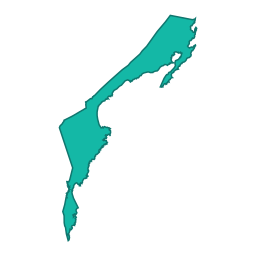 the district of Aurora, Aurora, Philippines
{"feature_id": "2640588B82822310999177", "entity_name": "Aurora", "entity_type": "district", "adm_level": 2, "iso_a3": "PHL", "parent_name": "Philippines", "parent_adm1": "Aurora", "projection": "orthographic", "projection_center": [121.871, 15.753], "detail": "fine", "context": "isolated", "style": "filled", "palette": "teal", "viewbox_px": 256, "rotation_deg": 0, "n_neighbors": 0, "source": "geoboundaries", "source_scale": "gbopen_adm2", "svg_char_len": 5703}
<svg xmlns="http://www.w3.org/2000/svg" viewBox="0 0 256 256"><path d="M195.3,18.6L194.8,19.1L192.5,19.7L170.3,15.4L165.4,21.9L157.2,31.6L146.7,46.3L142.3,50.8L139.9,54.1L130.6,62.4L128.3,65.3L122.3,69.7L108.8,81.7L100.4,89.5L94.4,95.7L93.9,95.8L93.0,96.9L92.6,96.9L91.9,98.7L90.5,98.6L86.7,101.6L85.1,102.1L86.1,102.3L85.8,104.6L86.2,108.0L72.2,116.2L64.0,120.3L63.9,121.3L62.8,122.7L62.4,123.6L60.1,125.9L59.4,127.7L72.7,167.9L69.8,179.6L68.8,181.8L66.9,181.6L67.2,183.1L67.6,183.2L67.4,183.6L67.9,184.2L67.6,184.7L68.1,185.1L67.8,185.3L68.3,185.6L67.9,186.3L68.4,186.4L68.3,187.0L69.0,186.8L68.5,187.4L69.1,187.5L68.7,187.8L68.8,188.5L69.2,188.8L69.0,189.3L69.5,189.5L68.8,189.8L68.7,190.5L69.1,191.0L68.2,191.2L68.4,191.8L68.1,192.4L67.1,192.2L67.7,192.5L67.0,192.9L67.2,193.3L66.8,193.4L67.2,193.7L67.2,194.8L67.0,195.1L66.7,194.8L66.3,196.0L67.0,197.6L66.1,197.5L64.8,204.4L62.8,211.6L64.1,215.7L64.2,222.8L64.7,225.8L65.5,227.4L66.4,233.9L68.2,240.6L69.0,239.9L69.5,237.6L69.2,236.8L69.4,236.0L68.8,235.4L68.9,234.9L67.9,234.8L67.7,234.1L68.7,233.7L69.8,230.9L69.7,230.2L70.3,230.0L70.2,229.1L71.4,229.5L72.3,228.1L72.3,227.7L71.5,227.1L72.0,225.8L73.6,225.2L74.3,225.4L74.1,224.5L74.9,224.6L75.2,223.9L74.7,222.8L75.7,222.0L75.5,221.3L75.9,219.5L75.2,218.3L75.8,218.1L76.3,217.3L75.0,215.8L74.3,216.0L73.5,216.9L73.5,215.9L72.9,215.0L74.6,214.0L75.4,214.8L76.0,214.5L76.1,213.7L76.9,212.9L76.1,211.0L76.1,209.8L76.9,208.4L78.2,207.8L73.5,198.2L72.2,194.0L71.9,192.0L72.3,191.4L72.1,190.8L72.5,190.4L72.0,190.0L72.7,189.1L72.6,188.4L73.2,188.1L73.7,187.0L73.6,185.7L75.2,183.5L76.5,182.8L77.5,183.4L78.0,184.3L79.4,184.8L79.4,185.8L80.4,185.8L80.1,184.4L80.6,184.0L80.2,183.4L80.7,182.9L81.7,183.3L81.6,182.9L82.3,182.7L82.5,182.1L82.4,181.1L83.8,178.8L84.8,178.3L85.2,178.5L86.4,178.1L86.7,177.9L86.3,177.4L86.5,176.8L87.9,176.3L87.8,175.9L87.1,175.9L86.4,175.3L87.2,174.6L87.2,173.8L88.5,171.7L88.5,171.2L88.1,170.7L88.5,170.3L88.1,169.8L87.9,168.2L88.5,166.9L88.4,166.1L89.0,165.8L88.6,164.6L88.9,164.6L88.9,163.6L89.4,163.4L89.1,163.0L89.3,162.1L90.3,161.8L90.2,161.5L90.5,161.6L90.5,161.2L91.1,160.8L91.3,160.9L91.2,160.5L92.1,159.2L92.8,159.5L93.7,159.2L94.1,159.4L94.7,158.8L94.8,156.4L95.5,156.1L95.5,155.5L96.0,154.5L96.9,154.4L99.4,152.1L99.5,151.8L98.9,151.6L99.1,150.0L99.3,149.7L100.1,149.9L99.9,149.5L100.4,149.3L100.2,149.1L100.4,148.7L101.5,148.0L101.2,147.8L101.3,147.6L102.2,147.4L102.2,147.0L102.5,147.0L102.0,146.4L102.2,146.0L102.6,145.8L103.4,146.0L103.5,145.6L103.8,145.6L103.7,145.2L104.2,144.3L104.9,144.2L105.5,144.6L106.2,144.2L106.1,143.7L106.9,143.7L106.6,143.1L107.3,142.3L106.7,142.0L106.0,140.9L106.8,140.3L105.7,140.5L105.0,140.2L103.8,140.7L102.9,140.0L104.0,139.3L104.2,139.1L103.9,139.0L103.9,138.9L104.4,138.4L106.2,138.3L106.0,137.7L106.6,137.3L106.1,136.6L106.2,136.2L105.7,135.8L106.3,135.6L106.1,134.9L107.5,135.2L108.3,134.3L109.2,134.4L110.0,135.4L110.2,135.2L109.9,134.0L110.5,133.1L110.6,132.1L110.4,130.3L110.0,130.0L110.2,129.7L109.6,130.1L109.2,129.8L109.3,129.2L110.0,128.6L109.5,128.5L109.6,128.2L109.0,127.8L108.4,127.9L107.4,127.3L106.5,127.5L104.4,126.6L103.3,127.5L103.0,127.3L103.1,127.8L101.8,127.5L101.1,127.9L99.1,124.7L97.7,119.4L97.1,115.5L97.1,112.0L98.2,106.2L98.7,106.0L98.9,105.3L100.8,103.5L101.7,102.0L102.3,101.9L103.0,101.2L104.8,100.8L105.6,99.2L107.0,99.2L107.1,98.5L107.5,98.3L108.2,98.6L107.6,97.6L108.5,96.3L109.4,96.1L109.9,96.5L110.6,96.5L110.6,96.1L111.1,95.7L111.8,95.7L111.6,95.4L112.2,95.3L112.5,94.8L112.2,93.7L112.4,92.9L114.0,90.4L116.9,88.8L119.3,86.3L121.5,85.1L125.2,80.8L127.8,79.8L128.3,80.3L129.3,80.5L130.4,82.0L131.2,81.4L131.2,80.7L132.3,80.9L133.0,79.5L134.0,79.4L135.1,78.4L136.4,78.8L137.3,77.7L138.5,77.8L140.1,75.6L141.1,75.6L142.1,73.9L143.7,73.0L147.6,72.0L148.8,72.0L150.3,72.6L152.9,72.5L153.3,71.9L155.4,71.1L157.2,70.9L158.4,69.8L160.1,67.2L161.6,66.1L163.5,65.5L164.6,64.5L166.1,64.6L167.5,65.3L167.8,64.8L169.7,64.0L170.2,63.5L170.1,63.4L169.0,64.1L169.3,63.4L170.1,63.0L173.2,62.9L173.4,62.8L172.2,62.1L171.6,61.2L171.0,59.2L171.5,58.7L171.0,57.7L171.9,57.0L171.7,56.1L172.3,55.7L172.0,55.3L172.3,55.1L173.0,55.5L173.2,55.0L173.7,55.2L174.5,54.4L174.6,54.2L174.3,54.0L174.0,52.7L175.2,51.9L176.5,51.9L178.0,52.7L178.5,52.4L178.6,52.9L179.0,52.7L180.2,53.1L180.7,52.3L181.3,53.1L181.9,53.2L181.2,55.2L181.3,55.9L180.0,57.2L180.4,57.6L179.2,58.4L178.5,59.4L175.5,60.7L174.9,62.9L175.4,65.6L175.2,66.3L173.9,68.2L171.2,71.0L170.7,71.9L169.1,72.3L168.5,73.0L168.3,73.9L167.2,74.7L166.7,74.6L165.8,75.7L164.1,78.3L160.3,86.9L161.7,87.1L162.1,86.6L162.6,86.8L162.5,86.2L163.1,86.0L163.6,84.8L164.5,83.7L165.5,83.8L165.8,84.2L166.1,83.7L166.5,83.9L166.5,83.1L167.7,82.7L167.7,82.0L168.2,82.0L168.5,81.2L168.9,81.5L168.7,80.7L169.3,79.8L170.1,79.5L170.5,78.6L171.6,77.7L172.3,77.6L171.8,77.2L171.2,74.7L171.9,73.3L173.7,72.3L173.9,71.4L175.8,69.8L177.4,69.4L177.1,69.0L177.7,68.4L178.1,68.6L177.9,68.1L178.5,66.4L179.4,66.3L179.5,65.9L180.0,65.8L180.0,65.1L181.5,63.3L182.0,63.4L182.4,62.5L184.5,61.8L185.9,60.5L186.8,58.5L187.8,57.8L189.1,57.6L190.7,56.3L191.2,54.9L190.7,53.5L191.7,50.8L192.6,50.7L194.3,48.1L194.9,46.2L195.2,46.1L195.3,46.0L195.0,45.6L195.5,45.5L195.4,45.0L193.9,45.9L192.6,47.5L191.3,47.0L189.5,48.0L188.3,47.2L187.6,46.1L189.3,43.7L189.2,41.5L190.1,40.5L190.8,40.6L191.8,39.5L192.4,38.1L193.1,38.5L194.1,38.0L194.7,36.6L194.5,35.3L195.2,34.3L195.2,33.0L196.0,30.4L196.4,30.0L196.3,29.0L196.6,28.4L196.0,28.2L196.2,27.8L195.9,27.4L194.9,29.0L194.5,32.3L193.5,32.4L193.0,32.1L192.3,30.8L191.5,30.5L190.5,29.4L190.7,28.4L190.4,26.6L191.1,25.6L191.8,25.8L193.7,23.0L194.4,23.0L194.8,22.1L194.3,21.3L195.0,20.7L195.3,18.6Z" fill="#14b8a6" stroke="#0f766e" stroke-width="1.5"/></svg>